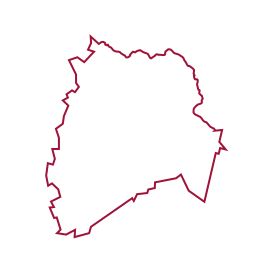 Monroe, Tennessee, United States of America, rotated 259°
{"feature_id": "52423323B41310745386926", "entity_name": "Monroe", "entity_type": "district", "adm_level": 2, "iso_a3": "USA", "parent_name": "United States of America", "parent_adm1": "Tennessee", "projection": "robinson", "projection_center": [-84.153, 35.439], "detail": "fine", "context": "isolated", "style": "outline", "palette": "rose", "viewbox_px": 256, "rotation_deg": 259, "n_neighbors": 0, "source": "geoboundaries", "source_scale": "gbopen_adm2", "svg_char_len": 2290}
<svg xmlns="http://www.w3.org/2000/svg" viewBox="0 0 256 256"><g transform="rotate(259 128 128)"><path d="M108.1,220.0L108.8,212.6L109.0,212.9L109.5,213.0L111.1,212.2L111.3,211.7L113.7,208.9L118.6,206.1L119.5,204.4L121.1,203.1L124.4,201.6L125.3,200.8L128.1,197.0L129.4,195.8L130.7,195.3L133.2,195.8L134.7,196.5L136.7,199.1L136.8,199.6L137.6,200.6L138.0,203.8L138.5,205.0L138.9,205.4L141.1,205.6L142.4,206.9L145.7,206.6L146.2,205.9L148.3,204.6L148.9,204.6L151.3,205.5L151.6,205.3L152.1,204.5L153.3,204.3L157.4,204.1L158.5,204.4L159.6,205.0L160.6,205.4L161.5,205.5L162.1,205.4L162.6,205.1L162.7,204.3L163.1,203.1L163.4,203.0L164.6,202.6L166.6,202.7L166.6,203.0L166.8,203.3L167.2,203.3L168.8,202.8L170.6,203.4L170.9,203.6L172.4,203.9L174.2,202.9L177.2,200.1L177.3,199.4L177.8,198.5L180.0,197.7L181.3,197.4L183.6,196.3L186.2,195.7L187.3,195.0L190.5,191.7L192.7,187.6L195.0,186.2L195.4,186.0L196.9,184.8L197.6,182.6L195.9,179.4L195.1,179.0L193.1,178.4L192.8,178.0L192.9,176.1L193.9,173.1L193.9,172.6L194.0,171.8L194.6,171.0L194.9,170.0L194.3,168.7L193.9,168.5L192.0,164.0L192.2,163.4L192.9,163.0L196.4,161.8L196.9,161.6L197.9,160.3L198.3,159.5L199.6,157.4L202.1,154.7L201.9,151.9L201.4,150.4L200.9,149.7L201.1,149.0L201.9,147.6L201.9,147.3L199.9,144.4L199.6,144.1L198.6,143.9L198.4,143.6L197.5,141.9L197.4,140.6L197.8,139.6L198.8,139.1L199.7,138.8L200.7,137.4L202.8,135.3L203.9,134.6L204.6,133.5L204.8,133.2L205.2,131.3L205.7,130.2L207.0,128.5L210.1,126.8L211.8,124.6L213.5,124.2L213.4,122.7L214.0,121.7L214.5,121.6L215.6,121.8L216.1,121.6L217.3,120.0L217.4,118.6L217.4,118.3L216.1,115.4L224.9,108.8L218.5,108.0L212.5,103.7L209.4,109.2L201.0,97.6L207.1,91.8L205.9,83.0L190.4,87.2L182.1,85.6L177.7,87.6L173.3,82.8L175.6,80.2L172.8,74.1L169.3,74.8L167.5,69.3L161.4,73.7L152.0,67.4L144.6,64.8L142.4,60.2L141.0,57.1L131.5,58.3L120.6,56.2L121.8,49.7L111.6,50.3L106.4,47.3L108.7,42.6L96.9,38.6L86.6,38.6L88.1,42.8L81.1,47.8L73.3,48.4L70.5,38.4L64.5,40.2L64.9,36.0L53.8,38.3L53.8,41.0L41.1,42.4L38.3,38.3L35.2,46.9L38.1,56.6L31.1,54.8L32.2,69.8L38.1,72.8L58.3,118.7L55.3,119.8L61.3,124.3L60.5,134.5L63.8,136.2L63.9,142.8L69.5,144.2L69.5,165.6L72.2,171.1L54.9,175.6L41.0,188.9L86.7,209.4L85.4,212.1L90.7,214.6L88.3,219.8L97.0,215.0L108.1,220.0Z" fill="none" stroke="#9f1239" stroke-width="2"/></g></svg>